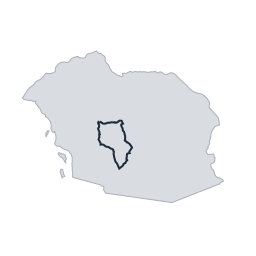 Dodoma on a map of United Republic of Tanzania (orthographic projection), rotated 159°
{"feature_id": "TZA-3385", "entity_name": "Dodoma", "entity_type": "Region", "adm_level": 1, "iso_a3": "TZA", "parent_name": "United Republic of Tanzania", "parent_adm1": "", "projection": "orthographic", "projection_center": [35.912, -5.778], "detail": "medium", "context": "in_parent", "style": "outline", "palette": "slate", "viewbox_px": 256, "rotation_deg": 159, "n_neighbors": 0, "source": "natural_earth", "source_scale": "10m", "svg_char_len": 5413}
<svg xmlns="http://www.w3.org/2000/svg" viewBox="0 0 256 256"><g transform="rotate(159 128 128)"><path d="M97.5,176.7L94.9,175.4L92.6,174.6L90.7,173.7L89.8,172.8L88.0,172.4L86.5,172.3L85.0,171.5L82.1,171.2L81.8,170.6L81.7,169.4L81.2,169.1L80.1,168.8L79.0,168.8L78.3,169.0L77.8,168.9L76.9,168.2L76.0,167.3L75.6,165.8L74.3,164.9L72.7,164.1L68.4,164.3L67.7,164.0L66.7,163.3L65.5,162.1L64.5,160.7L63.6,158.8L62.7,156.2L57.6,146.0L57.1,144.1L56.1,141.9L54.5,139.3L52.8,137.3L50.5,135.6L47.9,133.8L46.5,132.7L43.8,127.9L43.2,125.6L42.8,123.3L42.9,122.3L44.5,119.3L44.7,118.4L44.5,117.3L43.6,114.9L42.6,112.0L40.4,106.7L40.1,105.3L40.1,104.3L41.3,98.9L41.3,98.1L46.3,98.2L49.9,95.8L53.0,92.2L53.6,90.7L54.9,88.4L56.2,87.3L56.6,86.5L57.4,84.2L59.0,82.7L60.6,81.5L60.3,80.7L60.5,80.4L61.4,79.8L63.1,79.2L63.4,78.0L63.4,76.7L63.2,75.9L63.2,75.1L62.9,74.6L61.8,74.5L60.1,73.8L58.7,73.5L57.8,73.2L57.4,72.9L57.3,72.1L58.0,70.0L57.3,69.2L59.0,65.7L59.3,65.3L59.9,65.2L60.9,64.9L61.9,64.7L62.6,64.8L63.2,64.7L63.7,64.3L64.1,63.1L64.4,61.2L64.2,59.6L63.5,58.4L63.3,56.5L63.6,54.0L63.4,51.9L62.6,50.3L61.7,49.3L60.5,48.8L58.5,46.3L57.9,45.1L58.0,44.3L58.7,44.0L60.0,44.1L61.1,43.8L62.2,43.1L63.3,42.9L63.9,43.0L113.8,42.7L172.2,75.2L172.4,75.6L172.9,78.4L172.8,79.4L171.9,81.0L171.6,81.8L171.6,82.4L171.8,82.6L172.6,82.7L173.2,83.1L173.5,83.4L174.0,84.6L174.6,85.2L196.7,101.3L197.2,101.6L196.9,102.9L195.6,106.2L195.5,107.5L195.0,109.1L194.5,110.2L193.2,114.7L192.2,116.4L190.7,120.4L190.4,123.5L191.2,125.7L191.5,127.7L193.2,129.7L194.6,130.4L195.5,131.3L197.1,133.4L198.0,135.4L200.9,136.5L202.1,138.8L201.6,140.4L200.3,141.7L199.0,143.8L198.0,146.7L197.9,151.0L198.6,150.3L200.1,151.4L200.3,154.5L198.7,158.2L198.2,159.9L198.1,161.4L199.2,165.8L200.9,168.1L200.8,168.8L200.3,169.4L203.3,173.4L203.0,176.8L204.1,179.5L204.5,181.9L205.3,183.6L205.4,184.9L204.4,186.2L206.6,186.6L207.9,187.7L208.5,188.8L210.0,188.8L210.9,189.5L212.1,190.1L214.8,191.9L215.5,192.8L215.9,193.7L208.4,199.3L205.7,200.7L203.8,201.4L201.7,201.8L199.8,202.7L197.9,204.0L195.6,204.7L192.7,204.7L189.7,205.7L184.9,208.6L182.2,207.0L180.0,206.4L177.5,206.5L176.0,206.7L175.4,207.0L175.0,208.0L174.5,209.6L172.9,211.2L170.0,212.7L167.4,213.2L165.0,212.9L163.4,212.2L162.5,211.4L161.3,210.9L159.6,211.0L158.0,211.6L156.5,212.8L154.1,213.3L150.7,213.1L148.9,212.6L148.7,211.6L147.2,210.5L144.6,209.2L142.6,209.1L141.3,210.4L140.2,211.2L139.1,211.5L138.2,211.5L136.9,211.2L133.2,211.1L129.7,211.1L129.3,209.3L128.6,208.2L128.0,207.5L126.8,207.4L126.4,206.9L126.0,205.7L125.4,204.8L124.6,204.0L124.2,203.2L124.0,202.5L124.1,201.8L124.8,199.9L125.1,198.7L125.0,197.3L124.6,196.0L123.7,194.4L123.8,193.9L123.6,192.9L123.5,192.1L123.7,191.1L123.5,189.9L122.8,187.2L122.8,186.5L122.0,185.2L119.7,182.2L119.6,181.8L115.9,178.7L114.4,178.1L113.9,178.6L113.7,179.2L113.9,180.2L113.8,180.6L113.6,180.9L112.8,180.8L112.2,180.7L110.8,179.9L109.8,179.7L107.1,179.9L106.2,180.1L105.4,179.9L104.0,178.5L102.3,178.2L100.8,178.1L98.4,176.5L97.5,176.7ZM201.4,125.2L202.6,128.6L202.4,129.3L201.6,129.7L201.1,129.7L200.6,129.2L200.2,128.0L199.6,128.3L198.5,126.9L197.4,126.8L196.4,125.2L196.8,123.8L196.6,121.3L197.8,120.1L198.5,118.0L199.2,119.4L199.4,121.7L200.4,124.3L201.4,125.2ZM207.4,105.1L207.5,105.9L207.2,106.6L207.2,109.0L207.1,110.6L206.2,112.8L205.5,113.6L204.8,113.4L204.3,113.0L203.9,112.4L204.7,108.3L204.3,105.4L206.0,105.7L207.4,105.1ZM204.6,154.0L203.7,154.2L203.4,154.0L202.9,153.3L203.8,152.8L204.7,151.7L206.7,150.1L207.7,148.8L207.5,150.1L206.4,152.8L205.4,153.0L204.6,154.0Z" fill="#d9dde1" stroke="#a8b0b8" stroke-width="1"/><path d="M159.6,122.3L159.2,123.1L159.1,124.0L159.6,127.8L158.7,129.1L158.1,129.4L157.7,131.0L157.2,132.1L157.1,132.4L156.6,132.3L156.6,132.5L156.7,132.8L156.7,133.2L156.5,133.5L156.1,134.7L156.2,137.6L156.1,138.3L154.8,139.1L154.1,140.5L153.9,141.2L154.0,142.0L154.2,142.8L154.1,143.5L153.5,144.1L153.3,143.5L153.1,143.4L152.7,143.3L152.0,143.3L151.3,143.5L151.1,143.3L151.0,142.9L150.7,142.3L150.3,142.0L150.0,141.3L149.8,141.0L149.1,140.8L147.7,140.2L147.0,140.2L146.6,140.1L145.7,140.3L144.5,140.0L144.0,139.7L142.4,139.3L141.9,139.4L141.3,139.3L140.2,138.7L139.4,138.4L138.7,138.3L138.4,138.2L138.5,137.9L138.3,137.6L137.9,137.4L137.2,137.2L136.4,137.1L135.9,137.2L135.3,137.2L134.9,137.3L134.6,137.7L133.0,137.9L131.4,137.0L131.3,135.3L131.1,133.8L133.1,133.7L133.5,132.6L133.2,129.9L133.4,128.5L133.7,128.0L133.7,127.4L133.5,126.8L133.2,126.2L133.1,124.8L133.4,123.4L133.5,121.5L134.0,120.2L134.4,119.6L134.6,119.0L134.7,118.3L135.2,117.9L135.5,117.5L135.3,117.0L134.8,116.5L134.4,115.8L134.3,115.2L134.1,115.2L133.8,114.9L133.6,114.8L133.3,114.3L133.1,113.8L132.7,113.3L132.3,112.8L132.1,111.7L131.8,111.1L131.6,110.4L131.6,109.8L131.5,109.3L131.2,108.7L131.3,108.2L135.2,105.5L135.3,105.1L135.6,104.6L135.5,104.0L135.9,104.1L137.4,104.3L138.2,104.1L138.5,103.6L139.6,101.3L140.4,100.1L140.6,99.4L140.2,98.6L140.2,98.4L140.3,98.1L140.8,98.1L142.0,97.3L142.7,96.6L142.9,96.3L143.1,96.2L143.7,96.4L144.4,96.0L145.2,96.0L145.7,95.2L146.8,94.5L150.7,93.3L150.9,98.1L151.0,99.0L151.3,99.8L151.6,100.6L151.7,101.2L151.5,104.4L150.9,108.2L150.6,109.4L150.1,110.1L149.7,111.0L149.9,112.0L149.6,112.9L149.9,113.6L150.5,114.3L151.3,114.9L152.0,115.7L152.5,116.5L153.0,117.2L154.0,117.8L155.0,118.3L155.7,119.1L156.1,120.0L156.7,120.9L157.5,121.6L158.5,122.0L159.6,122.3Z" fill="none" stroke="#1e293b" stroke-width="2"/></g></svg>